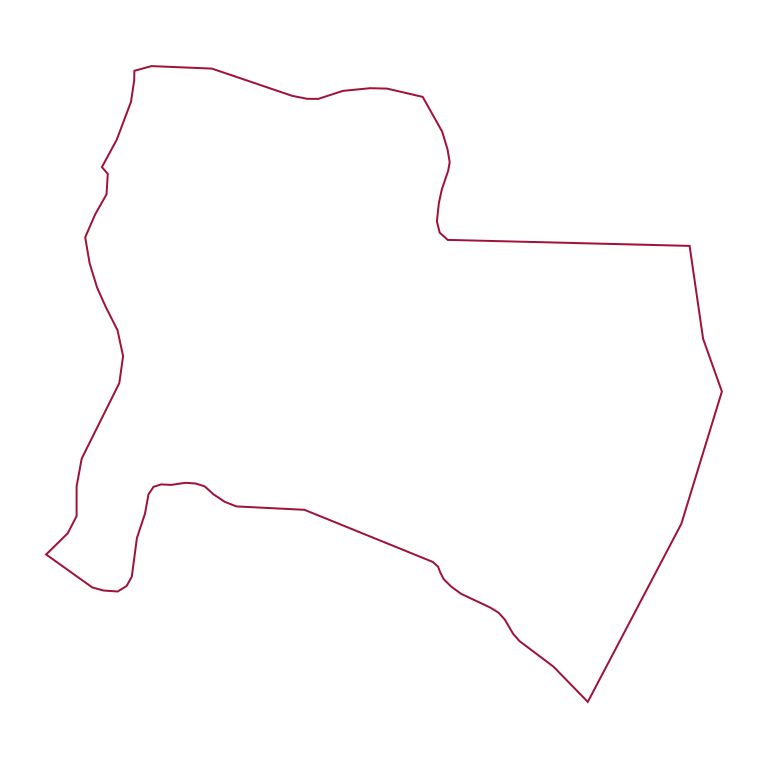 map outline of Karak (Robinson projection)
{"feature_id": "JOR-859", "entity_name": "Karak", "entity_type": "Province", "adm_level": 1, "iso_a3": "JOR", "parent_name": "Jordan", "parent_adm1": "", "projection": "robinson", "projection_center": [35.641, 31.103], "detail": "fine", "context": "isolated", "style": "outline", "palette": "rose", "viewbox_px": 768, "rotation_deg": 0, "n_neighbors": 0, "source": "natural_earth", "source_scale": "10m", "svg_char_len": 1004}
<svg xmlns="http://www.w3.org/2000/svg" viewBox="0 0 768 768"><path d="M46.1,554.5L67.7,533.3L76.6,516.1L76.6,486.4L81.7,458.6L119.3,383.1L123.1,356.1L117.5,330.2L105.6,306.6L97.1,287.6L89.6,263.2L85.2,237.3L95.2,214.3L106.5,194.4L107.8,173.9L101.9,167.1L116.7,139.8L131.0,101.8L134.2,80.3L134.4,70.8L151.5,66.1L211.9,68.6L292.0,95.8L307.1,98.8L318.2,98.9L342.8,90.9L370.1,88.2L387.0,88.6L422.7,96.9L442.2,131.7L447.6,149.7L449.7,162.2L448.2,170.7L441.8,189.5L438.9,202.9L436.9,221.3L439.7,232.7L447.7,239.9L689.6,245.9L703.1,338.8L721.9,391.5L681.3,523.9L587.8,701.9L553.5,666.7L519.5,641.1L513.2,633.9L504.8,619.6L498.6,612.7L490.3,607.6L461.2,593.9L451.2,586.6L443.7,579.2L440.3,572.5L438.1,566.7L432.7,561.9L304.4,509.8L236.2,506.4L224.7,501.8L213.6,494.4L204.6,486.3L195.6,483.5L185.4,482.8L171.2,484.9L161.1,484.4L153.5,486.9L148.5,494.3L145.0,513.6L136.9,538.1L131.8,576.6L126.6,586.0L117.7,591.5L103.4,590.5L92.2,587.4L52.2,558.8L46.1,554.5Z" fill="none" stroke="#9f1239" stroke-width="2"/></svg>